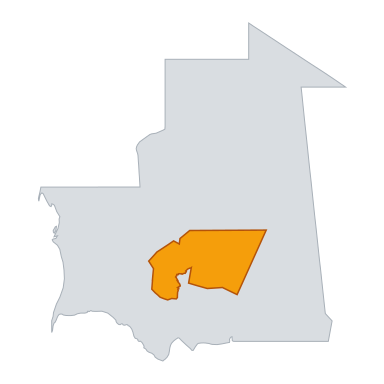 where Tagant sits in Mauritania
{"feature_id": "MRT-2798", "entity_name": "Tagant", "entity_type": "Region", "adm_level": 1, "iso_a3": "MRT", "parent_name": "Mauritania", "parent_adm1": "", "projection": "mercator", "projection_center": [-11.398, 18.406], "detail": "fine", "context": "in_parent", "style": "filled", "palette": "amber", "viewbox_px": 384, "rotation_deg": 0, "n_neighbors": 0, "source": "natural_earth", "source_scale": "10m", "svg_char_len": 4198}
<svg xmlns="http://www.w3.org/2000/svg" viewBox="0 0 384 384"><path d="M158.4,359.3L157.9,359.1L155.2,357.2L154.0,355.0L151.9,353.3L148.9,352.2L147.0,350.9L146.2,349.5L145.1,348.5L144.0,348.0L143.8,347.5L144.1,346.8L143.8,345.5L142.1,342.6L140.5,341.2L139.2,341.4L138.4,341.1L137.9,340.4L137.8,339.5L136.8,338.7L135.2,338.3L133.9,336.1L132.9,332.1L131.7,329.0L130.1,326.8L129.0,325.9L128.2,325.8L127.9,325.4L127.7,324.8L126.5,324.6L124.8,325.2L123.2,325.0L122.5,323.9L121.4,323.8L120.1,324.7L118.6,324.4L117.0,323.0L116.1,321.6L115.9,320.2L113.2,317.4L107.8,313.1L101.9,311.2L95.6,311.4L92.0,311.2L91.2,310.6L90.5,310.6L89.7,311.4L88.8,311.6L88.0,311.1L87.4,311.5L87.2,312.5L84.9,313.1L80.7,313.1L77.3,313.8L74.6,315.1L70.9,315.6L66.2,315.5L63.3,315.0L62.3,314.2L60.9,314.0L59.1,314.4L57.6,316.5L56.1,320.3L55.0,322.4L54.1,323.0L53.1,325.8L52.5,330.5L51.7,332.5L51.7,320.8L53.1,316.4L53.5,312.6L56.4,304.1L59.9,297.1L63.2,287.8L64.4,278.8L64.0,270.0L63.0,262.1L61.4,256.9L59.8,249.3L57.5,245.3L53.2,241.8L52.2,239.8L53.2,239.0L55.8,238.5L57.5,235.8L54.0,236.8L58.0,228.4L59.3,222.7L59.1,219.0L59.9,216.7L56.8,211.7L54.4,205.3L53.1,204.3L51.8,203.8L51.7,205.3L51.0,206.6L49.5,205.8L46.9,201.2L43.2,193.7L41.9,192.9L40.8,193.9L40.1,194.9L38.8,201.2L38.4,198.7L39.0,195.8L39.9,192.2L40.9,187.1L44.2,187.1L49.9,187.1L61.4,187.1L67.2,187.1L78.7,187.1L84.4,187.1L95.9,187.1L101.7,187.0L113.2,187.0L118.9,187.0L130.4,187.0L136.2,187.0L140.0,187.0L139.8,183.4L139.6,180.6L139.4,176.8L139.1,172.9L138.9,169.1L138.7,165.5L138.4,162.0L138.2,158.6L138.0,155.6L137.7,153.8L136.5,150.3L136.2,148.6L136.6,146.8L137.4,145.0L139.6,141.9L143.0,139.4L146.9,136.6L149.9,134.5L151.5,133.9L156.1,133.2L159.8,131.6L163.4,130.0L164.9,129.1L165.1,126.1L165.1,59.3L182.9,59.3L187.5,59.3L220.3,59.3L224.9,59.3L248.7,59.3L248.7,56.1L248.7,51.5L248.7,45.2L248.7,38.9L248.7,27.7L248.7,23.0L253.4,26.2L262.9,32.4L267.6,35.5L277.0,41.7L286.4,47.9L295.9,54.1L300.6,57.2L305.3,60.3L310.0,63.4L314.8,66.5L324.2,72.6L328.1,75.2L334.2,79.3L339.9,83.2L345.6,87.1L336.8,87.1L325.0,87.1L317.0,87.1L308.8,87.1L301.1,87.1L301.8,93.4L302.5,100.2L303.2,107.1L303.9,113.9L304.6,120.8L306.8,141.2L307.5,147.9L308.2,154.7L308.9,161.4L309.6,168.2L311.1,181.6L311.8,188.3L312.5,195.0L313.2,201.7L313.9,208.3L314.6,215.0L316.1,228.3L316.8,234.9L317.5,241.5L318.2,248.1L318.9,254.7L319.6,261.3L320.4,267.9L321.1,274.4L322.5,287.6L323.2,294.1L323.9,300.6L324.6,307.1L325.3,313.5L328.3,316.8L332.1,320.9L331.0,326.8L329.7,333.8L328.3,341.4L317.8,341.4L307.6,341.4L282.0,341.4L276.9,341.4L251.3,341.4L246.2,341.4L236.3,341.4L233.4,341.3L232.3,340.7L232.0,336.7L231.1,337.0L230.1,338.1L229.5,339.4L229.7,341.0L229.5,342.4L226.3,343.0L221.8,343.9L217.1,344.6L212.4,344.4L210.8,344.1L209.1,343.5L205.3,343.0L203.3,342.9L200.9,343.0L198.2,343.4L197.3,344.1L195.2,347.0L193.2,350.4L191.9,350.4L190.4,348.6L186.3,345.0L181.4,340.4L179.2,338.1L178.0,337.8L175.6,339.4L173.6,341.0L171.5,343.3L170.5,345.4L169.8,348.0L169.4,351.0L168.7,354.5L167.0,357.3L164.9,359.4L163.4,360.4L162.9,361.0L158.4,359.3ZM55.8,230.6L54.2,233.2L53.4,232.2L53.2,230.5L54.6,228.1L55.3,226.8L56.5,226.3L55.8,230.6Z" fill="#d9dde1" stroke="#a8b0b8" stroke-width="1"/><path d="M179.3,244.0L179.4,243.0L180.0,238.5L180.5,238.1L189.7,230.5L190.2,230.5L266.2,230.1L237.1,294.6L222.8,287.7L222.6,287.5L207.3,288.5L196.6,285.5L188.6,283.1L191.3,267.6L190.5,268.2L189.8,268.1L188.0,268.9L187.2,269.5L186.4,270.4L185.7,271.0L186.3,271.6L185.5,272.8L185.2,273.3L184.6,273.2L183.1,273.7L182.5,274.1L181.9,274.1L181.7,273.8L181.4,273.9L180.7,273.8L179.1,273.7L178.4,273.8L178.2,274.6L176.8,274.5L176.8,275.8L176.0,276.2L175.6,277.0L176.2,277.5L176.3,277.8L176.9,278.9L177.9,280.7L177.3,280.7L178.1,282.0L178.2,282.3L179.2,283.3L179.7,284.0L179.9,284.4L179.9,284.6L179.8,284.8L180.2,285.5L180.0,286.3L179.2,286.5L178.4,287.0L177.7,287.5L178.7,287.8L178.8,288.8L177.8,289.2L178.2,290.6L177.6,292.1L177.4,295.8L177.4,297.5L176.3,298.9L171.7,298.5L167.7,299.9L164.2,298.8L160.1,297.2L157.7,294.9L155.2,292.8L151.8,289.2L152.5,280.3L152.4,280.3L152.8,275.9L153.5,268.6L148.7,261.1L154.0,255.3L156.9,252.0L168.2,244.6L173.6,240.9L179.3,244.0Z" fill="#f59e0b" stroke="#b45309" stroke-width="1.5"/></svg>